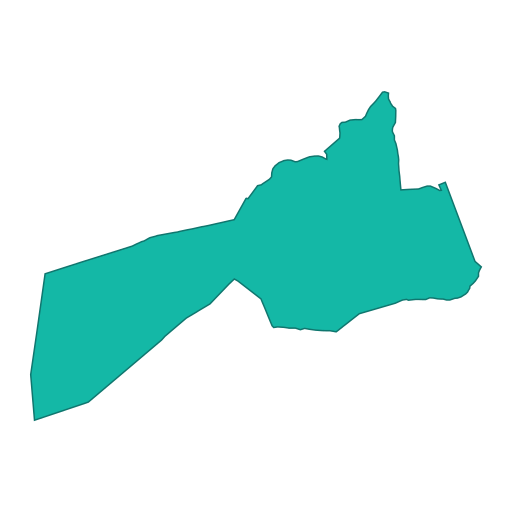 the district of San Pedro Ixtlahuaca, Oaxaca, Mexico
{"feature_id": "50627088B44987395526438", "entity_name": "San Pedro Ixtlahuaca", "entity_type": "district", "adm_level": 2, "iso_a3": "MEX", "parent_name": "Mexico", "parent_adm1": "Oaxaca", "projection": "natural_earth1", "projection_center": [-96.815, 17.054], "detail": "fine", "context": "isolated", "style": "filled", "palette": "teal", "viewbox_px": 512, "rotation_deg": 0, "n_neighbors": 0, "source": "geoboundaries", "source_scale": "gbopen_adm2", "svg_char_len": 2903}
<svg xmlns="http://www.w3.org/2000/svg" viewBox="0 0 512 512"><path d="M359.3,313.7L395.3,303.2L400.7,300.8L402.6,300.0L406.6,299.4L408.4,300.2L411.9,299.8L415.5,299.4L418.9,299.4L422.4,299.5L425.7,299.5L429.7,297.8L433.2,298.0L437.5,298.8L440.1,299.0L443.3,299.1L446.6,300.0L449.8,300.0L454.8,298.3L457.4,298.1L461.0,296.9L463.8,295.1L465.6,294.0L467.6,292.0L468.4,290.4L469.7,288.3L469.9,286.2L473.1,283.4L475.4,280.9L478.5,276.3L478.5,272.9L479.3,270.7L480.3,268.7L481.3,266.9L480.5,266.2L475.0,261.4L465.9,237.1L445.3,182.3L438.9,184.9L441.3,190.3L439.7,190.5L436.0,188.5L430.4,186.1L427.1,186.1L422.6,187.5L418.5,189.0L409.2,189.4L400.9,189.9L400.0,180.3L399.7,176.3L399.0,170.8L398.7,166.2L398.5,163.6L398.7,159.9L398.4,156.8L397.8,153.6L397.4,150.2L395.9,143.6L394.4,140.0L394.4,135.8L392.6,132.2L392.3,131.0L392.5,128.6L392.8,127.2L395.4,122.5L395.7,116.5L395.8,110.4L395.5,108.5L392.5,106.2L391.6,104.7L390.6,103.3L390.1,101.8L389.7,101.2L388.5,98.9L388.3,95.9L388.5,93.1L384.6,91.8L382.5,92.2L379.3,96.5L375.9,100.9L373.9,103.1L370.6,106.5L368.6,109.5L366.7,113.4L365.5,116.3L361.9,119.6L358.9,119.7L355.3,119.6L350.1,120.1L345.3,122.2L342.0,122.4L340.3,123.7L339.1,126.3L339.4,127.7L339.6,130.0L340.0,133.0L339.8,136.7L339.6,138.2L324.5,151.3L326.7,154.3L326.8,159.3L325.4,158.8L322.2,157.0L318.4,156.0L314.6,156.1L309.6,156.8L307.6,157.5L303.5,159.1L297.5,161.6L295.2,161.8L294.1,161.4L292.3,160.7L290.9,160.2L287.7,160.0L283.9,160.6L281.9,161.5L280.4,162.1L279.4,162.5L278.9,162.8L278.7,162.9L277.8,163.7L277.3,164.1L276.9,164.4L275.9,165.2L275.1,165.8L274.1,167.2L273.5,167.9L273.2,168.4L272.8,169.0L272.2,171.3L271.8,172.8L271.7,174.3L271.6,175.8L271.6,176.8L270.6,178.0L269.5,179.2L267.9,180.3L264.6,182.5L262.6,183.8L262.1,184.2L261.4,184.8L257.5,185.7L257.3,186.1L248.0,198.7L246.5,198.3L246.0,198.5L234.2,219.7L228.3,221.0L220.9,222.7L220.1,222.9L217.7,223.4L208.5,225.5L203.5,226.5L202.0,226.7L192.3,228.9L187.4,229.8L182.2,230.9L179.4,231.5L177.3,232.1L174.8,232.4L157.3,235.6L155.7,236.2L150.3,237.6L149.5,237.9L144.0,241.0L141.5,241.7L139.5,242.7L136.5,244.0L132.3,246.1L81.2,262.2L45.1,273.8L36.8,332.6L30.7,374.6L32.6,397.4L34.5,420.2L88.3,402.1L161.6,340.0L164.9,336.3L170.4,331.6L186.4,318.0L196.2,312.2L198.9,310.5L205.8,306.4L210.0,303.9L213.6,300.1L215.5,298.1L229.4,283.6L230.7,282.5L230.8,282.3L234.3,279.0L237.9,281.0L252.1,292.0L261.0,298.9L262.2,301.9L265.0,308.5L268.5,317.1L269.5,319.5L272.1,325.8L273.7,327.5L277.6,326.9L283.7,327.3L285.2,327.5L288.6,328.0L288.8,328.1L295.4,328.1L299.4,329.4L300.4,329.7L302.3,329.1L304.6,328.4L308.5,329.1L309.7,329.3L315.5,330.1L322.3,330.6L326.1,330.7L329.0,330.7L329.8,330.7L330.5,330.8L332.1,331.1L333.6,331.3L333.8,331.4L334.9,331.6L336.2,331.8L339.1,329.6L339.9,328.9L341.5,327.7L343.4,326.1L344.5,325.3L347.2,323.2L347.7,322.8L350.1,320.9L352.0,319.4L359.3,313.7Z" fill="#14b8a6" stroke="#0f766e" stroke-width="1.5"/></svg>